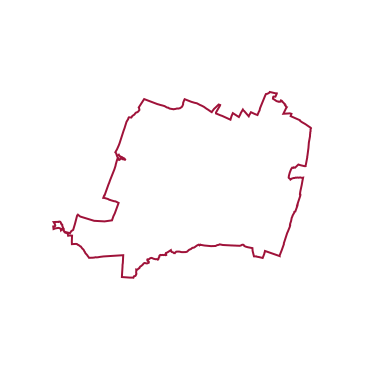 Albesti, Botosani, Romania (Albers equal-area conic projection), rotated 144°
{"feature_id": "2599482B63147515307079", "entity_name": "Albesti", "entity_type": "district", "adm_level": 2, "iso_a3": "ROU", "parent_name": "Romania", "parent_adm1": "Botosani", "projection": "albers", "projection_center": [27.098, 47.691], "detail": "fine", "context": "isolated", "style": "outline", "palette": "rose", "viewbox_px": 384, "rotation_deg": 144, "n_neighbors": 0, "source": "geoboundaries", "source_scale": "gbopen_adm2", "svg_char_len": 6022}
<svg xmlns="http://www.w3.org/2000/svg" viewBox="0 0 384 384"><g transform="rotate(144 192 192)"><path d="M139.5,265.3L143.4,271.4L144.0,271.1L145.9,269.9L146.9,269.2L147.6,268.2L149.0,267.3L150.3,266.8L152.6,266.9L152.9,267.1L154.2,267.6L154.8,268.2L155.3,268.5L156.3,268.8L158.5,269.9L158.6,270.2L159.2,270.7L161.2,272.8L161.6,274.1L162.3,274.7L162.8,275.5L163.3,276.7L163.7,277.6L165.0,279.3L166.6,281.2L167.4,282.3L168.3,283.4L176.1,295.3L185.4,291.7L185.4,291.2L186.3,289.3L188.2,288.7L189.4,288.7L190.3,289.1L190.7,289.1L191.7,289.0L193.1,288.5L195.5,288.6L197.3,287.9L199.1,289.5L200.0,289.2L201.1,288.3L201.6,288.2L203.7,287.3L209.2,283.2L211.3,281.8L222.1,273.9L223.5,273.0L223.8,272.8L227.6,270.6L230.7,269.2L230.6,267.8L231.0,266.9L231.5,265.2L229.3,265.2L229.5,264.0L229.1,263.0L229.3,262.9L229.0,262.3L228.8,262.3L228.2,261.5L227.8,260.3L227.1,259.0L227.0,258.3L227.0,257.8L226.9,256.8L227.8,258.3L228.8,259.2L229.1,259.9L229.7,260.6L230.3,260.9L231.8,260.6L232.4,261.2L232.2,261.4L231.7,262.7L231.8,263.2L231.9,263.3L234.2,261.7L237.6,259.0L238.4,258.2L241.4,256.0L251.5,249.6L253.8,248.0L255.0,247.3L264.8,240.6L265.1,240.8L267.2,239.4L266.3,238.6L264.3,236.0L263.8,235.2L263.5,234.3L262.9,233.7L262.4,232.9L261.1,231.2L260.5,230.4L259.4,229.4L257.8,226.3L267.0,220.1L269.8,218.6L273.4,216.1L280.0,219.6L288.1,226.2L296.6,237.5L297.0,238.2L297.6,240.6L297.8,240.5L298.5,240.6L299.0,240.3L305.3,235.1L310.4,231.2L312.7,231.3L314.9,230.4L318.4,234.6L318.4,235.8L318.3,236.4L318.1,236.7L317.5,237.4L317.6,237.6L317.5,238.1L316.9,240.6L316.3,241.7L316.5,241.9L316.6,242.2L316.5,242.6L316.3,243.0L316.5,243.4L316.2,244.0L316.1,244.5L316.1,245.3L316.4,245.7L316.9,246.2L317.2,246.1L317.7,246.2L318.4,246.9L320.0,248.0L320.4,247.9L320.6,248.0L320.7,248.4L320.8,248.5L321.6,249.0L321.8,246.9L322.2,245.4L322.6,245.0L323.1,244.9L323.5,245.0L324.1,245.5L324.5,245.7L325.8,243.4L324.0,242.9L321.2,241.5L320.8,241.1L319.8,239.5L320.5,238.0L318.9,238.3L318.7,237.5L318.1,237.3L318.1,237.2L318.5,236.4L318.6,236.0L318.6,235.0L318.7,234.4L318.6,234.0L318.4,233.5L316.9,231.8L317.9,229.4L316.9,229.0L314.7,227.2L318.4,222.5L319.8,220.4L316.5,218.3L315.7,217.6L315.5,216.5L315.0,216.0L314.3,213.6L314.0,213.2L314.0,210.8L313.7,209.4L313.7,208.6L314.0,207.0L313.9,206.4L314.2,205.3L313.9,202.3L314.0,201.5L313.9,200.5L314.0,199.3L311.1,197.3L309.4,196.3L308.5,196.0L307.9,195.4L306.5,194.5L304.6,193.6L301.5,191.9L284.8,181.3L289.7,175.2L291.1,173.8L291.9,172.7L297.5,165.9L298.7,164.4L292.5,159.2L290.2,157.5L289.8,157.1L288.5,157.9L287.1,157.4L286.3,157.7L285.7,158.2L285.1,158.4L284.7,159.4L283.1,161.4L282.7,162.1L281.9,161.3L279.8,161.5L279.4,161.3L278.6,161.8L277.7,162.1L276.4,162.0L274.4,162.2L273.2,162.6L272.3,162.5L272.0,162.4L270.8,161.0L270.3,160.6L268.6,160.2L268.0,160.8L268.0,161.0L268.4,162.7L268.0,163.5L267.6,163.7L266.8,163.1L266.3,162.9L264.9,163.0L263.8,162.7L263.3,162.3L262.2,160.4L261.7,159.9L261.1,159.1L259.8,158.3L259.5,157.4L259.1,157.3L258.4,157.6L257.3,158.6L256.5,158.7L256.3,158.9L256.0,159.4L255.8,159.6L255.3,159.7L254.7,159.7L254.3,159.5L253.7,158.8L252.9,158.5L252.3,157.8L251.3,157.4L250.8,156.7L250.4,156.3L249.9,156.2L249.8,156.5L249.6,156.7L249.3,157.8L248.9,158.0L247.6,157.6L243.3,157.4L243.7,156.5L243.5,156.2L243.7,155.5L242.7,154.1L242.5,153.6L242.5,153.3L242.5,153.1L242.2,152.9L242.1,153.2L241.6,152.9L241.2,152.8L239.8,153.0L237.6,151.5L236.7,150.6L236.2,149.9L235.3,149.1L232.4,147.1L231.9,146.9L230.9,146.6L229.0,146.9L228.0,146.9L226.5,146.5L224.5,146.6L223.2,145.9L222.1,145.8L219.4,145.8L217.6,145.5L217.4,145.4L217.3,144.6L217.0,144.7L216.4,144.3L215.3,144.5L215.6,144.3L215.9,143.9L215.6,143.7L213.5,141.5L208.4,137.0L204.7,134.5L202.8,134.2L201.4,133.5L200.4,133.4L198.2,131.0L191.9,125.9L185.1,120.5L183.9,120.0L182.7,119.9L181.7,119.4L181.3,118.6L181.4,117.9L181.4,117.5L180.5,116.0L179.3,114.5L176.1,111.1L177.6,108.7L179.7,103.5L178.7,102.7L177.9,102.2L177.6,101.6L175.9,99.8L173.6,97.1L169.7,99.6L169.3,100.1L168.7,100.4L167.6,101.4L158.8,88.7L158.7,88.9L158.3,89.2L153.3,92.4L148.2,95.9L147.8,96.6L146.6,97.4L139.2,102.8L137.6,103.7L133.3,106.4L132.1,107.4L132.2,107.7L131.0,108.8L129.0,110.2L126.5,112.5L125.2,113.2L124.5,113.8L121.6,115.1L120.8,115.8L119.9,115.5L114.7,119.0L114.1,119.6L114.4,119.7L112.1,121.4L106.5,125.4L106.0,126.0L106.3,126.2L106.0,126.8L103.8,129.0L99.1,133.2L95.8,136.4L93.7,138.3L94.4,138.6L95.1,139.2L95.9,140.2L97.4,140.9L97.6,141.2L98.4,141.9L99.0,142.1L99.8,142.8L100.7,143.0L101.6,143.6L103.4,144.2L104.9,144.2L104.7,144.7L105.1,145.2L105.4,146.6L105.3,146.9L105.0,147.2L103.9,148.3L101.4,150.3L98.9,151.9L97.7,152.5L96.6,152.8L96.0,152.0L95.7,151.9L95.1,152.1L94.4,151.1L94.2,151.1L89.8,151.7L88.4,149.8L85.8,146.8L85.2,146.3L84.8,146.2L84.6,146.6L83.6,147.4L78.2,152.5L78.0,152.9L77.3,153.5L71.9,159.2L68.4,163.3L63.8,167.7L62.4,169.5L61.8,170.0L61.2,170.9L60.4,171.4L59.7,172.4L59.3,173.0L58.2,173.7L58.2,174.1L60.6,180.8L61.2,182.1L62.1,184.1L62.4,185.1L62.7,185.7L62.5,186.6L67.6,195.4L65.6,196.8L66.6,198.1L72.1,201.6L67.0,204.3L65.5,204.9L65.7,205.2L65.8,206.2L65.6,206.7L65.3,207.0L65.7,207.7L65.7,207.9L65.6,208.2L65.2,208.6L65.4,209.3L65.6,211.1L65.8,211.5L65.9,211.8L65.7,212.3L65.7,212.8L65.9,213.3L66.2,213.8L67.0,213.2L67.6,213.2L67.8,213.3L68.3,213.9L68.5,213.8L68.8,214.0L70.2,215.9L71.1,218.5L71.4,219.1L71.7,219.9L70.6,221.1L70.0,221.3L68.5,220.1L65.5,221.8L65.4,222.0L66.3,222.6L69.4,226.2L70.3,227.2L70.8,226.9L72.2,227.0L73.4,227.2L74.6,227.8L76.1,227.0L86.1,220.8L87.8,219.7L89.5,218.2L90.5,217.8L93.8,215.8L95.3,218.1L97.4,221.9L100.6,220.5L101.6,219.9L102.2,226.9L102.5,227.9L102.4,228.8L106.3,227.1L107.3,226.4L110.0,225.1L112.6,231.8L115.5,230.1L118.4,227.9L122.9,235.9L123.9,237.3L126.4,241.4L126.1,241.7L126.0,242.1L125.5,242.4L121.9,244.0L119.3,245.1L118.2,245.7L118.1,245.8L119.0,247.1L123.3,246.5L125.2,246.3L127.5,245.6L129.1,245.0L129.4,245.7L130.7,249.4L131.3,250.8L132.3,253.9L133.6,256.5L134.2,257.4L135.9,260.9L137.5,262.7L139.5,265.3Z" fill="none" stroke="#9f1239" stroke-width="2"/></g></svg>